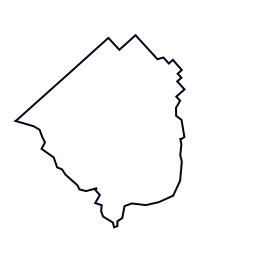 Acadia, Louisiana, United States of America (Mercator projection), rotated 318°
{"feature_id": "52423323B76935168618959", "entity_name": "Acadia", "entity_type": "district", "adm_level": 2, "iso_a3": "USA", "parent_name": "United States of America", "parent_adm1": "Louisiana", "projection": "mercator", "projection_center": [-92.42, 30.265], "detail": "fine", "context": "isolated", "style": "outline", "palette": "ink", "viewbox_px": 256, "rotation_deg": 318, "n_neighbors": 0, "source": "geoboundaries", "source_scale": "gbopen_adm2", "svg_char_len": 861}
<svg xmlns="http://www.w3.org/2000/svg" viewBox="0 0 256 256"><g transform="rotate(318 128 128)"><path d="M93.7,47.8L50.7,47.7L49.1,47.5L59.2,63.8L61.1,70.2L58.1,77.8L56.7,83.1L49.8,85.7L53.1,100.2L49.0,109.8L51.3,114.6L50.3,120.7L52.1,136.8L50.8,141.1L54.6,146.8L64.8,152.0L62.3,151.8L62.2,159.0L53.4,161.8L56.8,167.8L52.4,171.8L50.2,177.1L53.5,188.1L51.2,192.5L54.5,193.8L57.8,190.2L63.5,191.1L73.2,183.7L80.4,186.7L89.7,197.3L101.3,203.7L116.3,208.5L131.4,202.1L145.5,189.0L148.6,183.2L156.6,176.0L159.5,171.2L160.9,172.0L163.9,172.4L173.2,157.8L171.9,151.2L177.2,145.1L185.0,142.6L184.9,137.0L195.8,137.1L195.8,126.3L201.3,126.4L201.2,120.9L206.8,120.9L206.8,115.6L207.0,107.4L201.5,107.4L201.5,99.3L195.9,96.6L195.8,77.7L195.7,69.4L195.7,64.1L173.9,64.1L173.7,47.9L167.4,47.9L119.4,47.9L93.7,47.8Z" fill="none" stroke="#020617" stroke-width="2"/></g></svg>